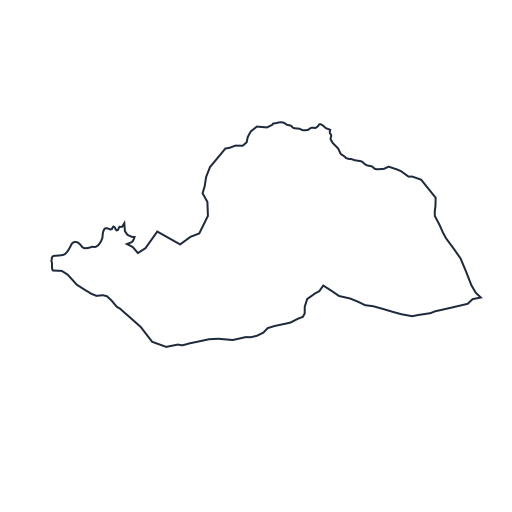 the district of Biru, Samchi, Bhutan, rotated 69°
{"feature_id": "84629894B29308983401378", "entity_name": "Biru", "entity_type": "district", "adm_level": 2, "iso_a3": "BTN", "parent_name": "Bhutan", "parent_adm1": "Samchi", "projection": "mercator", "projection_center": [88.902, 27.058], "detail": "fine", "context": "isolated", "style": "outline", "palette": "slate", "viewbox_px": 512, "rotation_deg": 69, "n_neighbors": 0, "source": "geoboundaries", "source_scale": "gbopen_adm2", "svg_char_len": 3201}
<svg xmlns="http://www.w3.org/2000/svg" viewBox="0 0 512 512"><g transform="rotate(69 256 256)"><path d="M375.3,61.0L369.1,64.0L360.6,65.4L345.4,65.5L331.7,65.9L321.1,68.5L307.4,72.3L301.0,73.1L292.9,73.5L282.7,74.7L278.8,73.3L273.5,70.5L266.0,67.4L260.4,69.2L243.9,74.5L237.9,81.6L236.5,85.2L228.8,90.2L225.7,93.4L220.1,100.2L220.5,105.4L218.5,111.7L217.9,112.8L217.3,113.8L215.5,114.8L214.1,115.5L213.3,116.5L212.0,118.6L211.2,119.9L208.9,121.7L207.2,122.5L206.2,123.0L205.1,124.1L203.2,127.4L201.9,129.6L200.3,131.5L199.3,132.8L198.9,134.2L196.9,136.8L195.1,137.6L193.9,138.3L193.0,139.0L191.4,140.2L190.0,140.4L188.8,140.5L186.3,140.7L185.1,140.8L183.9,141.3L182.9,141.7L180.1,143.0L177.8,143.9L175.2,144.3L173.5,144.5L172.0,143.6L170.8,142.7L169.4,142.5L168.1,143.0L166.6,142.7L164.8,141.5L163.6,142.8L161.8,144.9L159.9,145.9L158.4,146.6L156.5,148.1L155.8,149.0L156.0,150.3L157.0,151.5L157.6,153.6L157.8,154.8L157.1,155.9L156.7,157.0L156.2,158.2L156.2,159.4L156.5,160.7L156.9,162.0L156.7,163.2L156.2,165.2L155.3,167.3L154.5,168.1L152.7,169.9L151.7,171.9L151.0,173.4L150.2,174.7L149.1,175.8L147.6,176.2L146.3,177.4L145.7,178.4L144.6,180.1L142.5,181.5L141.5,182.3L140.4,184.1L140.0,185.1L139.5,186.8L139.2,189.3L138.5,192.6L139.4,194.0L139.9,199.7L135.5,208.8L137.8,216.2L141.9,221.0L146.5,224.0L148.3,228.9L145.6,235.6L145.5,242.0L144.7,246.1L147.7,251.4L156.5,267.1L164.4,274.3L172.3,278.8L178.3,283.4L188.1,282.0L201.3,286.5L214.6,300.9L214.6,306.0L214.6,307.1L214.6,310.2L218.0,322.7L197.8,339.4L209.1,356.4L210.9,365.2L203.6,367.8L201.9,369.2L198.6,372.2L198.6,368.2L198.3,366.6L197.9,365.6L196.1,363.7L194.7,362.6L193.6,365.1L190.2,368.4L185.9,369.5L178.2,367.2L180.7,370.4L180.4,371.8L179.8,373.0L180.7,374.1L182.1,375.4L182.2,376.9L181.0,377.5L179.7,377.5L178.6,377.6L177.4,378.6L178.1,379.8L179.2,380.9L179.1,382.4L178.3,383.2L177.0,384.7L176.4,386.0L176.2,387.3L177.0,388.5L178.7,390.1L180.4,391.1L184.2,393.0L186.6,395.3L187.7,396.7L188.7,398.2L189.5,399.7L190.0,402.1L189.8,403.5L189.2,404.5L188.6,405.8L188.6,407.1L188.3,410.2L187.5,412.7L186.9,413.8L185.3,415.1L183.7,415.5L182.4,416.0L180.9,416.7L179.7,417.4L178.9,418.3L177.9,420.0L177.9,421.2L178.0,422.3L178.7,423.8L180.2,425.4L183.0,428.7L184.7,431.3L185.7,433.5L185.9,435.3L185.7,436.5L185.3,438.4L184.3,441.8L183.4,445.0L183.6,446.2L184.6,447.3L185.7,447.8L187.4,448.8L189.0,448.9L190.5,449.4L193.2,450.4L195.0,451.0L196.8,450.7L200.3,442.7L206.1,438.4L218.6,433.6L225.9,428.2L232.3,423.2L236.0,419.3L237.7,413.1L240.1,409.6L245.6,406.9L253.5,404.2L256.4,401.8L262.9,398.5L263.9,397.9L273.5,392.9L281.1,389.0L298.9,383.7L305.3,376.3L308.7,372.4L309.3,368.6L310.7,360.7L312.9,357.0L313.3,354.2L313.8,348.9L314.9,342.4L316.9,329.6L319.7,321.0L326.1,307.8L326.9,302.4L327.2,300.4L328.0,294.8L330.0,289.8L330.8,283.9L330.2,276.6L327.5,270.9L328.0,263.8L330.5,247.9L329.6,239.4L329.6,234.1L327.2,231.2L320.7,228.6L314.5,223.6L312.1,214.2L311.5,209.5L307.7,203.8L316.1,197.6L323.1,192.8L329.4,183.4L335.2,177.2L341.0,171.8L344.8,164.7L351.4,155.8L357.5,147.9L362.7,140.8L368.2,131.7L369.3,125.3L371.9,113.5L371.8,108.8L374.6,89.6L374.8,87.9L376.5,75.5L373.9,69.3L375.3,61.0Z" fill="none" stroke="#1e293b" stroke-width="2"/></g></svg>